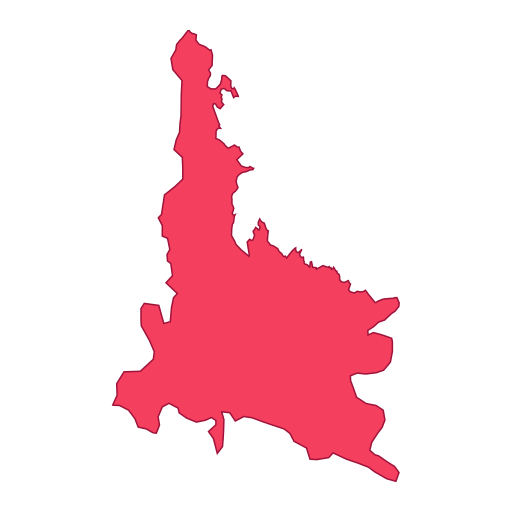 Meladeia, Paphos, Cyprus (Natural Earth projection)
{"feature_id": "46923920B22026130701227", "entity_name": "Meladeia", "entity_type": "district", "adm_level": 2, "iso_a3": "CYP", "parent_name": "Cyprus", "parent_adm1": "Paphos", "projection": "natural_earth1", "projection_center": [32.505, 34.991], "detail": "fine", "context": "isolated", "style": "filled", "palette": "rose", "viewbox_px": 512, "rotation_deg": 0, "n_neighbors": 0, "source": "geoboundaries", "source_scale": "gbopen_adm2", "svg_char_len": 4384}
<svg xmlns="http://www.w3.org/2000/svg" viewBox="0 0 512 512"><path d="M176.6,44.5L175.8,50.0L171.0,58.4L172.8,69.6L182.0,80.5L181.3,94.0L181.0,116.1L180.0,123.5L179.5,132.4L176.3,139.7L174.0,149.6L182.3,157.3L182.8,168.2L182.8,179.1L175.0,186.5L164.5,194.9L161.5,214.5L158.3,217.8L162.3,225.6L162.3,230.2L162.3,236.1L167.5,238.3L168.3,241.9L169.8,249.5L167.0,254.6L167.5,261.0L170.8,263.5L172.5,275.7L166.0,282.8L177.3,293.5L173.5,297.8L171.5,307.5L170.3,321.7L163.8,323.5L158.8,305.4L144.3,303.4L141.0,308.5L141.0,320.2L141.3,325.8L149.5,340.5L154.3,351.7L153.3,359.3L140.3,371.3L124.0,371.8L119.9,378.5L116.7,383.7L117.1,395.4L113.4,403.5L112.8,405.1L114.7,405.3L119.5,405.5L128.5,410.1L134.9,418.6L138.2,427.1L138.6,427.2L146.2,428.9L152.9,432.7L156.3,433.2L159.5,425.1L158.1,416.8L162.3,406.9L169.0,403.3L178.1,408.1L179.2,412.9L186.8,418.2L196.4,422.1L205.5,420.2L211.4,417.5L215.9,420.5L215.9,424.8L208.5,431.5L213.4,438.5L217.3,453.4L222.5,446.6L223.2,437.7L223.6,429.9L223.9,419.6L221.7,411.8L229.8,412.7L235.3,421.0L243.9,416.5L252.2,417.8L264.3,422.3L284.3,429.0L290.0,433.5L294.0,441.3L306.5,448.0L310.0,459.2L316.8,459.6L328.7,457.6L333.1,452.9L346.5,459.2L358.3,463.2L368.5,467.2L374.8,471.9L383.0,476.6L386.5,478.6L387.7,479.0L395.9,481.3L399.0,472.6L394.6,466.5L387.1,461.8L378.8,456.0L374.8,454.7L369.8,450.2L371.7,442.4L377.5,433.5L382.1,427.4L384.9,420.1L383.2,410.2L376.1,405.5L366.0,403.5L356.6,397.3L353.7,389.0L350.6,380.7L350.4,375.8L357.2,373.1L365.8,374.0L376.4,372.7L383.6,370.2L388.0,365.1L390.4,362.0L392.4,351.5L392.4,341.9L391.7,338.3L382.9,335.2L378.1,333.8L373.4,332.6L368.1,335.0L367.8,330.4L370.1,329.0L373.9,326.4L378.6,322.1L384.5,320.1L391.3,313.7L395.1,311.1L398.8,306.5L399.2,303.0L396.9,297.6L396.7,297.6L395.1,297.6L393.2,298.3L390.6,298.4L388.9,298.5L386.7,298.8L384.5,298.9L382.2,299.4L380.6,300.1L378.3,301.0L377.2,301.6L376.4,302.3L375.6,302.6L374.9,302.3L368.6,294.6L365.5,290.3L363.0,291.7L360.0,291.9L357.1,291.3L354.5,293.0L350.2,291.8L348.6,289.7L350.5,284.0L349.3,282.9L348.4,280.6L344.4,282.4L341.7,282.0L340.4,280.7L339.6,279.2L339.7,276.9L339.0,274.3L337.2,273.1L336.9,271.3L335.4,270.4L334.4,268.4L333.5,267.3L333.0,268.7L331.5,269.3L330.9,267.6L329.5,267.7L329.1,266.6L328.0,267.4L323.0,265.6L316.5,269.1L316.2,267.7L312.7,267.3L311.5,261.7L310.3,262.1L310.0,265.2L309.6,267.1L307.1,264.6L304.9,264.1L304.3,263.4L304.1,261.4L303.6,260.4L303.6,259.0L303.4,257.1L301.4,257.5L300.0,255.8L299.6,254.3L300.1,252.9L301.9,249.2L300.7,250.6L298.9,252.2L297.5,252.4L296.3,251.7L295.7,249.8L295.7,247.9L294.7,248.5L292.2,250.9L291.0,252.4L288.4,255.6L286.7,258.0L285.3,256.1L283.8,256.7L283.3,256.2L281.5,253.4L279.1,251.5L277.7,248.6L273.0,245.7L270.6,245.1L267.9,241.7L267.3,240.4L267.6,238.0L267.6,236.6L268.3,230.8L267.4,230.5L266.1,228.7L264.3,223.2L262.9,222.6L261.2,221.4L259.7,219.0L258.3,222.2L258.3,224.8L259.7,226.3L260.1,227.6L258.9,230.0L255.7,227.4L254.3,230.0L253.4,230.6L253.2,231.8L254.6,235.4L254.0,236.9L252.9,239.9L251.5,240.4L249.6,239.3L249.0,240.0L247.2,242.1L249.3,255.1L249.0,256.3L241.3,250.0L235.9,244.3L234.5,240.7L233.7,239.6L231.5,235.5L231.7,229.1L232.4,224.2L233.5,222.7L234.3,216.5L235.1,214.7L233.8,215.4L232.2,213.7L233.8,208.3L231.9,203.7L232.0,199.7L231.6,196.6L232.7,193.4L235.5,191.1L236.8,189.5L238.0,187.5L236.6,183.9L236.2,181.1L237.0,177.1L238.8,174.9L242.3,172.4L246.0,171.7L250.3,169.9L252.9,169.6L253.6,168.4L253.2,168.4L249.9,166.5L248.6,167.7L245.1,167.4L241.2,165.9L236.8,159.7L242.9,153.8L240.4,151.0L239.1,147.1L237.5,147.2L234.4,145.0L232.3,146.2L228.1,148.3L224.9,145.2L224.1,143.9L219.4,139.9L215.9,138.5L216.1,131.1L217.3,129.0L218.7,128.2L220.6,128.3L218.8,126.0L219.7,124.8L218.8,123.2L212.7,106.2L213.5,103.8L215.5,103.9L217.4,107.1L220.2,108.7L223.7,104.6L221.4,102.0L222.0,99.0L221.2,97.2L222.0,94.9L219.9,93.0L221.4,89.0L224.2,88.5L226.8,90.7L229.2,90.9L231.0,90.9L233.6,97.6L235.5,96.2L238.3,96.4L238.1,95.6L234.8,88.6L234.2,87.8L234.0,88.5L231.8,88.6L230.8,86.4L230.9,80.8L227.7,77.8L225.5,75.8L222.5,75.4L221.9,76.3L221.7,79.3L220.4,84.0L217.8,86.9L215.7,88.9L210.9,88.9L207.3,86.5L207.5,81.6L208.6,78.4L210.3,75.6L210.5,73.2L208.6,69.9L212.1,65.4L212.5,55.2L211.0,49.8L209.9,50.4L205.5,46.9L199.0,44.2L195.9,40.2L196.4,34.9L194.4,33.9L192.1,33.4L190.3,32.2L189.3,30.7L187.8,30.8L181.8,38.6L180.4,39.8L176.6,44.5Z" fill="#f43f5e" stroke="#9f1239" stroke-width="1.5"/></svg>